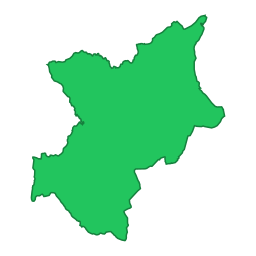 Merangin, Jambi, Indonesia
{"feature_id": "22746128B71403115718321", "entity_name": "Merangin", "entity_type": "district", "adm_level": 2, "iso_a3": "IDN", "parent_name": "Indonesia", "parent_adm1": "Jambi", "projection": "robinson", "projection_center": [101.815, -2.207], "detail": "fine", "context": "isolated", "style": "filled", "palette": "green", "viewbox_px": 256, "rotation_deg": 0, "n_neighbors": 0, "source": "geoboundaries", "source_scale": "gbopen_adm2", "svg_char_len": 5676}
<svg xmlns="http://www.w3.org/2000/svg" viewBox="0 0 256 256"><path d="M98.8,234.4L100.0,233.3L100.8,233.1L102.7,233.8L104.4,234.0L105.2,233.4L106.1,232.2L108.7,231.7L110.9,231.6L112.3,233.1L113.3,233.9L113.6,234.6L115.4,235.9L116.1,237.0L117.8,238.4L121.8,240.0L124.8,240.6L125.0,240.1L126.0,240.2L125.6,240.0L126.2,238.7L126.4,237.0L126.2,236.1L126.6,234.0L127.3,232.2L126.5,227.8L128.2,225.5L128.3,225.0L127.7,223.9L127.5,222.1L127.5,218.0L125.0,214.3L123.9,211.8L124.0,211.3L125.0,210.4L127.9,208.8L130.0,208.1L131.1,207.3L131.1,206.2L129.7,203.1L129.4,199.9L137.7,190.9L140.4,188.6L139.8,186.0L139.8,184.5L139.0,182.1L138.0,180.5L135.9,175.1L134.4,172.2L134.5,170.0L135.7,169.0L145.1,168.8L146.7,168.4L149.0,166.8L150.5,166.1L151.5,166.3L152.1,166.2L158.3,159.6L159.5,159.8L159.7,159.1L160.2,158.9L161.0,158.0L164.5,156.9L165.1,157.1L165.1,158.0L164.9,158.9L165.3,160.2L165.1,161.1L166.0,163.1L166.1,164.0L166.5,164.1L168.0,163.7L170.4,163.6L171.1,163.4L171.3,163.0L172.1,163.3L175.2,162.6L176.8,161.1L177.7,160.0L177.5,159.1L178.3,158.7L179.0,157.9L178.6,156.6L179.0,156.5L182.3,152.9L182.8,151.1L184.3,149.4L187.9,136.0L190.2,135.5L192.5,131.3L194.5,125.7L196.7,126.3L199.5,126.5L201.5,126.6L203.1,126.0L204.4,126.5L211.6,127.9L214.6,127.0L217.2,125.6L220.4,121.7L221.7,118.6L223.6,116.7L224.6,116.1L223.4,110.3L223.4,109.8L223.1,109.6L223.2,109.3L221.7,106.9L217.2,107.0L215.2,106.4L211.6,102.8L206.4,95.9L204.7,94.2L203.0,93.1L201.3,90.7L200.3,90.0L199.2,88.6L200.5,88.1L199.9,87.6L199.0,85.9L199.3,83.0L198.4,81.9L196.9,81.1L196.1,76.8L195.3,75.4L194.2,69.3L194.2,61.8L196.0,58.2L194.7,54.6L194.6,52.7L194.7,52.1L194.0,48.8L194.3,46.3L195.1,44.7L196.0,43.5L196.1,42.3L197.3,41.5L198.9,39.9L200.5,36.4L201.8,34.5L203.9,29.1L203.9,27.8L203.5,27.1L201.7,25.5L200.9,24.1L200.8,23.4L201.8,23.4L202.3,23.8L202.5,25.0L202.8,25.0L203.8,23.3L205.5,21.4L206.7,17.6L206.6,17.3L204.9,16.2L205.1,15.4L201.0,16.3L200.8,16.6L199.1,17.6L195.6,22.3L191.5,25.8L185.0,29.1L183.5,29.0L182.0,25.9L180.4,24.7L177.0,21.4L175.8,22.5L175.0,22.0L173.9,21.8L171.6,23.8L171.8,25.6L170.2,27.0L169.0,27.0L167.4,27.4L162.5,32.2L159.7,33.7L156.7,34.7L155.8,35.4L154.5,37.3L152.6,38.6L152.5,40.8L151.7,42.2L151.0,42.9L149.5,43.7L147.5,44.1L145.7,44.2L144.9,44.4L144.5,43.7L143.3,44.1L142.1,43.6L140.9,43.6L140.5,44.0L140.1,43.8L139.8,44.0L138.9,43.9L138.3,44.3L136.7,44.5L136.5,44.8L137.2,47.4L137.3,48.8L137.6,49.3L137.6,49.7L138.1,50.5L138.2,51.3L138.1,53.2L136.8,55.3L135.5,55.3L134.3,57.6L134.1,59.7L133.1,60.1L132.9,61.8L131.7,63.0L131.2,63.1L130.1,62.7L128.1,60.7L127.3,60.6L126.5,60.9L125.3,60.7L123.6,61.5L123.0,62.1L122.4,64.1L120.9,64.2L120.3,65.3L120.2,66.6L119.6,66.8L118.7,67.7L116.8,67.8L116.2,67.3L115.7,67.8L115.1,66.7L113.9,66.4L113.3,67.2L113.1,67.8L111.8,68.3L110.1,66.4L109.5,63.8L109.0,62.7L109.2,61.7L108.9,61.2L107.9,60.6L107.3,60.8L106.9,60.6L106.0,58.6L105.5,57.8L105.0,57.9L104.3,58.7L103.9,58.4L103.3,58.8L102.9,58.5L102.0,56.8L101.4,56.1L100.6,56.1L100.2,55.5L99.4,55.8L99.0,55.3L98.8,54.0L98.3,53.5L97.5,53.7L97.0,55.0L96.7,54.8L95.9,55.0L95.6,54.3L95.1,53.9L93.8,54.1L93.2,54.7L92.7,55.9L92.3,55.9L90.7,54.1L90.1,54.2L89.5,53.7L88.9,53.9L88.5,53.7L87.9,54.0L87.1,53.1L86.5,52.9L86.0,52.1L84.7,52.4L84.1,52.2L83.6,51.6L82.1,50.5L81.0,51.0L79.1,52.8L77.6,53.0L75.6,52.6L73.9,53.4L72.3,56.1L69.8,58.4L65.9,59.9L65.0,61.6L62.4,62.2L58.5,61.6L56.0,62.6L55.7,62.3L55.4,61.4L54.3,61.1L52.5,61.2L51.1,62.1L50.8,62.0L49.5,62.2L49.1,62.7L48.6,64.3L47.3,64.6L48.5,65.6L49.2,68.2L49.7,71.8L51.8,75.4L51.6,77.3L54.3,80.9L57.3,81.8L60.1,83.5L61.0,83.8L62.8,85.9L63.5,88.3L63.2,90.4L63.2,91.5L67.8,96.6L68.9,96.8L69.8,97.9L70.0,98.7L69.7,101.0L69.8,102.2L70.7,102.8L71.7,105.6L72.4,105.4L73.2,106.2L73.9,106.5L74.2,107.5L74.9,108.3L75.0,108.6L74.4,109.9L75.4,111.5L75.2,114.4L75.9,114.5L75.8,115.2L75.9,115.4L76.3,114.9L77.0,114.7L76.9,115.4L77.2,115.2L77.4,115.3L77.3,115.7L77.9,115.8L78.5,116.7L78.8,116.7L79.2,118.0L79.6,118.2L79.9,118.7L80.3,118.6L80.5,119.0L80.8,119.1L81.1,120.0L80.9,120.7L81.3,120.9L81.4,121.4L81.7,121.6L81.8,122.0L82.5,122.7L83.5,122.0L83.8,122.9L83.6,123.4L83.1,123.4L82.9,124.0L82.5,124.5L82.4,124.2L81.8,123.7L81.3,123.9L81.0,123.4L80.2,123.0L80.3,122.5L80.0,122.1L79.4,122.1L76.7,125.8L75.9,126.1L74.3,126.0L72.9,127.6L72.5,129.9L72.1,130.6L72.6,131.1L71.3,134.1L69.8,135.9L69.1,135.9L68.3,136.3L68.0,136.6L68.0,138.8L67.4,139.6L67.4,141.1L67.8,142.0L67.8,143.0L67.1,144.7L65.7,146.6L64.3,147.6L63.4,148.7L63.1,151.5L62.8,152.2L61.3,153.8L59.5,155.0L58.8,155.8L57.9,155.9L55.6,154.8L53.5,155.8L50.8,155.1L50.1,155.4L50.0,156.3L49.6,156.6L48.8,156.9L47.4,156.5L46.6,156.0L46.0,155.1L45.5,153.4L44.8,153.1L43.4,153.5L42.2,153.5L41.5,154.0L41.5,155.8L41.1,158.5L40.9,159.0L39.5,158.8L38.7,158.9L36.5,157.8L34.0,157.1L32.9,157.1L32.8,157.7L33.0,158.5L33.8,159.5L33.9,160.3L32.9,167.9L33.5,169.0L34.6,170.1L34.8,170.7L34.6,175.4L34.2,176.9L34.8,178.0L35.0,178.9L34.8,179.8L34.3,180.5L34.5,181.9L34.1,182.9L34.1,184.3L33.4,185.4L32.8,185.8L32.6,187.2L32.4,187.9L32.6,188.6L32.1,191.2L31.4,197.5L31.6,199.5L32.3,201.0L33.4,201.2L34.1,201.1L35.2,199.6L35.5,197.2L36.5,196.1L37.3,195.7L39.6,195.8L41.4,194.5L42.3,194.2L42.8,194.6L43.9,196.5L45.5,196.3L49.1,195.4L50.7,192.9L51.5,192.6L54.0,192.8L55.2,193.4L56.4,195.9L59.9,199.9L61.0,202.0L63.1,204.3L64.2,206.1L64.8,206.6L65.7,208.8L66.8,209.8L68.6,210.7L69.9,212.8L70.6,213.1L71.6,215.8L72.7,217.0L75.3,218.9L76.5,219.9L76.8,220.5L78.1,220.9L78.4,221.3L79.6,221.2L80.0,221.5L80.3,223.6L79.9,225.3L81.5,226.3L81.9,227.0L82.5,226.4L83.6,226.5L84.4,227.0L85.5,228.1L85.9,229.0L88.4,232.1L90.9,233.4L92.5,234.0L93.8,233.7L96.2,234.8L97.2,234.8L98.8,234.4Z" fill="#22c55e" stroke="#15803d" stroke-width="1.5"/></svg>